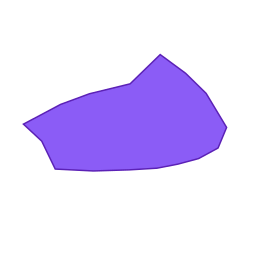 the district of Águas de São Pedro, São Paulo, Brazil, rotated 132°
{"feature_id": "56859067B74194604181360", "entity_name": "Águas de São Pedro", "entity_type": "district", "adm_level": 2, "iso_a3": "BRA", "parent_name": "Brazil", "parent_adm1": "São Paulo", "projection": "natural_earth1", "projection_center": [-47.876, -22.599], "detail": "fine", "context": "isolated", "style": "filled", "palette": "violet", "viewbox_px": 256, "rotation_deg": 132, "n_neighbors": 0, "source": "geoboundaries", "source_scale": "gbopen_adm2", "svg_char_len": 362}
<svg xmlns="http://www.w3.org/2000/svg" viewBox="0 0 256 256"><g transform="rotate(132 128 128)"><path d="M128.4,179.6L155.6,193.9L195.1,208.3L195.5,183.3L207.2,154.6L183.1,125.0L158.3,99.1L138.5,79.6L121.4,66.7L103.5,55.1L82.6,47.7L61.6,55.1L50.0,93.1L48.8,121.8L51.9,153.2L93.8,156.0L128.4,179.6Z" fill="#8b5cf6" stroke="#5b21b6" stroke-width="1.5"/></g></svg>